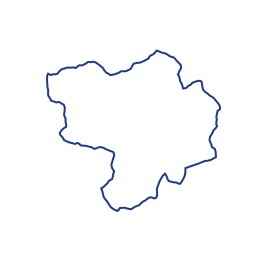 Itajobi, São Paulo, Brazil, rotated 17°
{"feature_id": "56859067B98443143208394", "entity_name": "Itajobi", "entity_type": "district", "adm_level": 2, "iso_a3": "BRA", "parent_name": "Brazil", "parent_adm1": "São Paulo", "projection": "natural_earth1", "projection_center": [-49.057, -21.367], "detail": "fine", "context": "isolated", "style": "outline", "palette": "blue", "viewbox_px": 256, "rotation_deg": 17, "n_neighbors": 0, "source": "geoboundaries", "source_scale": "gbopen_adm2", "svg_char_len": 2724}
<svg xmlns="http://www.w3.org/2000/svg" viewBox="0 0 256 256"><g transform="rotate(17 128 128)"><path d="M170.7,187.4L173.6,187.7L175.3,186.5L175.5,183.7L173.6,178.4L173.4,176.3L173.8,169.8L174.3,167.2L175.1,163.8L176.8,160.8L178.8,162.6L180.9,165.5L182.4,166.7L185.2,166.8L188.3,166.5L190.5,165.9L192.1,166.4L194.3,166.1L195.2,162.8L196.0,159.3L196.2,156.6L196.0,154.5L194.7,149.5L196.1,148.5L204.7,142.2L206.7,140.8L209.0,138.7L211.6,136.9L213.7,136.1L216.8,134.1L218.9,131.9L220.6,130.2L219.5,126.9L218.5,124.6L216.9,122.5L213.8,121.7L212.6,119.6L211.0,117.7L209.4,115.6L209.0,112.3L210.1,108.7L210.5,105.1L211.9,102.5L212.7,100.3L211.2,98.5L210.8,96.5L210.5,94.1L209.4,92.0L209.0,89.7L208.7,85.3L210.4,83.4L210.0,81.4L208.5,79.2L206.1,77.5L203.5,75.8L201.7,74.6L200.1,73.9L198.5,73.4L196.5,73.0L193.8,71.7L191.2,70.9L188.6,69.4L187.3,67.2L185.8,64.0L184.7,62.1L182.9,61.8L181.4,62.5L179.7,63.4L177.8,64.8L176.4,65.9L175.3,68.2L173.3,70.2L172.0,72.7L169.1,74.1L167.9,72.1L166.6,70.2L164.5,68.3L163.2,66.2L161.7,63.5L160.1,62.4L160.6,58.3L161.2,55.1L160.3,52.7L158.0,51.1L155.5,49.8L152.9,48.1L151.1,47.1L148.0,47.3L145.4,46.7L143.7,46.0L141.4,45.8L139.1,46.0L136.2,45.8L132.9,45.5L130.8,49.9L129.0,51.6L127.7,53.1L127.2,55.6L123.7,59.2L120.6,61.8L117.0,63.4L114.6,64.9L114.0,67.1L113.3,70.7L110.6,73.3L108.6,74.7L107.1,75.0L104.8,75.8L103.0,77.9L99.8,80.4L97.4,81.7L95.7,82.6L93.2,81.8L91.0,81.4L88.3,79.7L86.8,78.2L83.8,76.8L80.7,75.6L78.0,74.8L75.5,74.8L72.9,76.0L70.5,76.5L68.8,78.8L67.1,80.3L65.8,81.6L63.2,82.2L61.5,84.3L60.4,85.9L58.5,86.0L56.9,86.4L55.3,87.2L52.2,88.0L49.9,89.7L47.8,90.8L46.4,92.7L45.4,94.6L44.5,97.0L42.7,97.9L40.1,98.8L38.5,99.9L35.7,99.4L35.4,101.5L36.5,105.6L39.1,112.7L40.5,114.9L41.2,117.5L42.2,120.3L45.1,122.7L46.6,124.4L49.2,124.3L52.0,124.5L54.4,123.2L57.5,124.1L59.6,124.4L61.5,126.7L62.5,130.7L62.9,133.9L64.0,135.6L65.5,137.2L66.4,140.1L67.9,143.0L68.5,144.9L66.8,146.9L65.3,149.0L64.2,152.6L65.2,154.4L68.4,156.3L70.5,158.3L74.2,158.8L76.0,158.9L82.0,158.7L84.0,157.1L86.2,157.4L87.8,158.5L92.9,157.4L96.2,157.2L98.6,157.0L101.1,157.7L102.8,157.4L104.9,155.5L107.6,154.2L110.6,154.2L113.3,154.7L115.6,155.0L118.4,155.2L120.5,155.2L122.2,156.6L122.8,158.6L122.8,161.2L122.8,163.9L122.8,167.4L123.3,169.1L124.9,171.4L127.5,173.6L127.3,176.1L127.7,178.2L127.7,181.5L125.2,184.1L124.4,187.0L123.3,188.9L121.6,191.9L120.0,193.5L122.0,196.1L123.4,198.5L125.0,201.1L126.6,202.4L129.2,204.2L132.0,206.5L134.5,208.6L137.3,209.7L139.2,210.1L142.1,210.5L143.1,208.9L143.5,207.0L147.0,205.6L148.9,205.2L152.2,205.2L155.1,204.5L157.0,201.9L159.3,200.0L161.3,198.5L162.2,196.5L164.0,193.8L165.7,192.3L166.8,190.5L168.9,188.1L170.7,187.4Z" fill="none" stroke="#1e3a8a" stroke-width="2"/></g></svg>